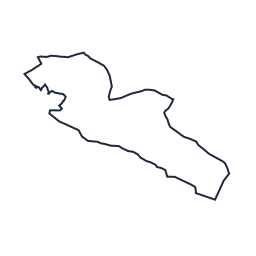 the district of Okehi, Kogi, Nigeria, rotated 74°
{"feature_id": "59680162B48603200461333", "entity_name": "Okehi", "entity_type": "district", "adm_level": 2, "iso_a3": "NGA", "parent_name": "Nigeria", "parent_adm1": "Kogi", "projection": "equal_earth", "projection_center": [6.277, 7.727], "detail": "fine", "context": "isolated", "style": "outline", "palette": "slate", "viewbox_px": 256, "rotation_deg": 74, "n_neighbors": 0, "source": "geoboundaries", "source_scale": "gbopen_adm2", "svg_char_len": 1924}
<svg xmlns="http://www.w3.org/2000/svg" viewBox="0 0 256 256"><g transform="rotate(74 128 128)"><path d="M43.5,149.6L43.1,155.6L43.4,166.6L42.6,168.1L41.1,172.5L38.4,178.8L37.3,182.3L37.3,186.6L35.2,192.2L35.1,195.1L42.3,193.6L43.7,197.5L44.1,199.5L44.8,201.3L45.9,205.2L46.3,206.6L46.5,208.3L47.1,210.5L47.6,212.6L53.3,209.9L60.0,207.3L60.5,206.8L61.1,206.0L61.9,206.1L62.1,206.0L62.1,205.9L62.4,205.5L62.6,205.3L62.8,205.0L62.6,204.7L63.0,204.3L63.2,204.1L63.3,204.4L63.7,205.2L63.7,205.5L63.9,205.4L64.0,205.2L64.0,204.7L63.9,204.5L63.8,202.9L64.3,202.5L65.3,202.1L67.6,201.3L67.3,200.9L66.8,200.5L66.4,200.3L65.7,199.7L65.2,198.5L64.4,197.2L64.2,197.0L63.3,195.8L67.1,194.5L68.7,194.6L70.5,194.4L71.7,194.2L72.4,195.0L73.1,195.2L73.2,194.7L72.7,194.2L71.9,192.1L71.8,191.6L71.4,191.1L72.3,189.9L73.8,188.6L76.1,184.1L77.6,180.9L80.6,179.3L82.2,180.2L84.5,182.6L84.4,183.3L85.2,183.8L86.0,184.7L86.6,185.8L87.0,187.0L87.5,188.0L91.1,186.2L91.7,187.4L92.4,188.3L89.5,198.1L92.4,199.6L102.6,192.4L116.5,176.1L123.5,174.6L129.4,170.0L132.9,161.0L135.2,158.4L136.9,154.8L140.2,149.5L142.8,141.9L145.8,139.2L150.1,134.4L152.4,129.5L154.3,127.7L156.0,125.9L160.0,124.1L162.6,121.5L164.6,119.7L167.6,115.2L170.9,111.7L173.5,110.8L175.8,106.8L178.8,103.7L185.6,103.7L187.8,96.6L190.1,93.9L195.0,88.4L199.9,82.8L203.3,79.7L206.3,80.0L209.3,80.7L220.9,64.1L204.9,50.4L199.8,43.4L193.8,43.6L188.4,44.5L185.7,46.6L175.2,57.2L170.0,60.6L163.9,65.0L159.6,66.4L155.3,71.7L152.0,76.6L146.4,81.0L143.5,83.2L138.5,87.2L133.9,87.7L130.6,87.7L127.3,88.6L123.3,89.0L121.7,87.2L120.3,83.7L116.1,79.2L112.9,76.6L112.1,77.9L107.5,81.9L107.0,82.8L105.5,85.9L99.2,92.1L97.2,96.6L95.9,101.0L96.3,104.6L95.9,115.2L96.3,119.2L97.2,126.8L96.8,131.1L96.6,133.0L95.9,137.9L92.6,137.9L87.3,134.8L83.7,132.1L72.8,131.2L66.5,132.1L61.6,133.9L57.0,138.4L50.9,144.9L47.8,146.5L45.4,149.0L43.5,149.6Z" fill="none" stroke="#1e293b" stroke-width="2"/></g></svg>